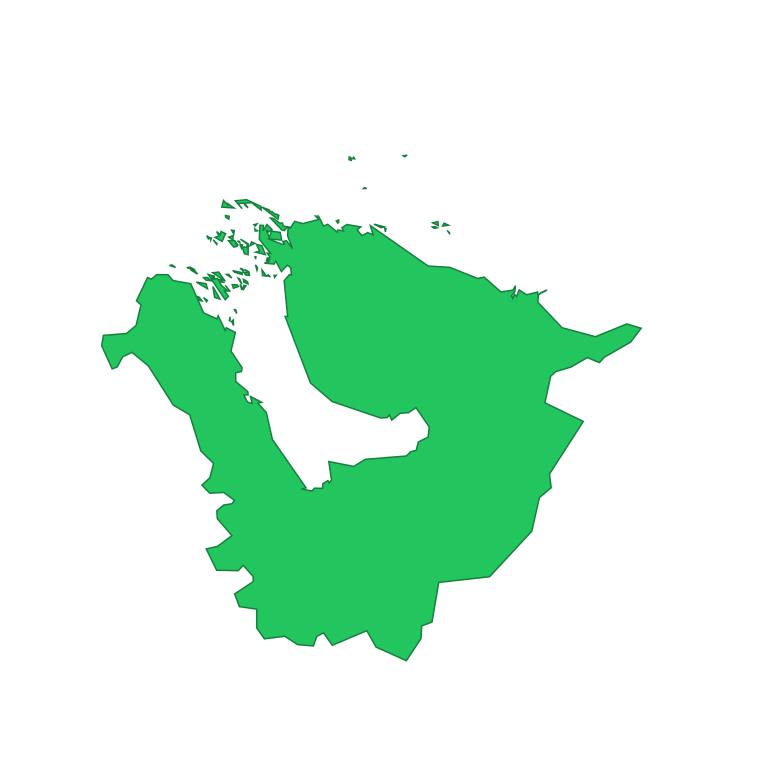 Dalabyggð, Vesturland, Iceland, rotated 56°
{"feature_id": "244011B70126368142347", "entity_name": "Dalabyggð", "entity_type": "district", "adm_level": 2, "iso_a3": "ISL", "parent_name": "Iceland", "parent_adm1": "Vesturland", "projection": "albers", "projection_center": [-22.364, 65.186], "detail": "fine", "context": "isolated", "style": "filled", "palette": "green", "viewbox_px": 768, "rotation_deg": 56, "n_neighbors": 0, "source": "geoboundaries", "source_scale": "gbopen_adm2", "svg_char_len": 6231}
<svg xmlns="http://www.w3.org/2000/svg" viewBox="0 0 768 768"><g transform="rotate(56 384 384)"><path d="M625.9,520.2L615.7,495.6L605.6,488.0L608.2,477.3L579.1,449.6L602.8,404.3L588.7,343.8L565.1,318.7L563.5,303.4L551.2,297.2L526.5,239.7L489.6,261.1L470.8,241.5L469.8,234.5L474.5,219.6L475.8,200.7L486.7,193.5L485.0,186.2L487.2,156.1L481.6,139.6L470.0,149.1L463.0,182.3L436.9,204.9L402.2,210.7L396.7,206.4L396.3,203.4L397.2,198.4L397.1,196.2L396.0,203.1L396.7,206.7L393.7,205.2L389.7,215.9L381.6,219.3L385.6,225.1L382.8,225.7L385.0,229.5L382.2,229.0L380.4,223.7L376.0,220.1L378.3,224.6L373.0,235.6L351.3,241.2L348.9,247.3L324.1,264.2L310.9,281.4L245.1,306.7L254.2,309.6L249.3,312.9L248.8,319.3L241.1,320.1L240.8,315.4L231.1,325.5L230.8,331.4L234.4,332.0L230.5,336.1L231.8,337.9L220.1,341.4L219.2,345.8L208.2,344.4L206.5,346.9L211.2,345.8L205.6,361.6L199.2,367.2L202.0,373.7L196.6,379.3L193.8,378.1L192.2,380.5L185.0,383.0L182.9,385.4L199.0,382.6L201.1,380.8L199.8,376.3L202.5,374.1L201.3,376.5L207.3,381.1L220.6,384.1L210.6,384.8L209.3,388.3L212.3,388.3L211.5,390.1L198.7,399.0L207.5,388.4L200.3,385.3L194.4,391.7L198.3,397.1L190.2,395.5L193.5,394.5L193.3,390.4L186.3,391.9L189.4,398.6L185.1,395.3L183.0,398.1L194.2,406.4L212.2,405.1L210.2,407.6L215.2,407.6L218.1,411.4L216.9,415.6L223.1,408.1L221.7,405.0L233.4,406.2L231.4,397.7L235.5,396.3L242.0,399.9L240.4,401.3L242.5,409.0L274.1,426.1L272.7,428.2L342.0,444.4L369.6,436.8L410.3,405.8L413.7,399.9L412.6,396.9L418.3,397.8L417.3,387.1L421.5,379.5L421.5,370.7L444.9,370.5L452.7,377.2L451.2,387.9L457.1,394.5L455.0,399.6L456.2,405.7L436.0,441.6L435.4,455.2L417.4,473.1L434.2,481.2L435.3,484.8L432.7,484.5L432.5,490.6L436.2,493.2L431.5,499.8L432.4,503.6L424.9,511.1L426.5,506.7L367.5,507.5L341.9,497.5L329.4,499.3L330.7,495.7L319.7,501.7L326.3,504.2L322.7,507.3L314.8,506.3L317.0,502.7L314.2,501.2L299.0,505.5L291.7,500.6L294.0,495.2L291.1,492.5L271.2,492.5L258.2,478.4L249.2,483.3L250.8,485.7L234.7,483.3L236.6,486.1L224.1,493.8L192.9,488.1L180.2,501.1L172.6,501.9L166.2,511.3L167.0,518.2L163.5,520.5L176.6,542.7L182.5,541.2L196.8,556.8L198.1,569.3L186.8,589.4L194.4,596.7L219.5,600.9L220.7,595.7L215.3,585.3L216.9,575.2L237.4,569.2L283.6,570.5L300.8,562.3L337.1,573.3L354.6,569.7L364.4,580.9L366.0,591.5L377.1,589.5L384.3,577.5L396.7,573.1L398.3,576.9L394.7,584.5L395.6,593.5L402.4,597.5L424.6,594.9L425.5,612.9L421.3,623.6L444.8,626.9L457.2,609.3L455.7,602.1L470.5,600.1L474.7,603.0L474.5,625.2L487.7,628.4L499.5,615.4L515.3,626.0L528.4,625.6L537.7,607.3L551.7,601.4L561.7,589.0L555.7,580.9L556.5,573.3L571.7,572.9L578.9,536.2L597.7,537.7L625.9,520.2ZM219.7,461.3L211.5,463.7L203.4,463.0L201.9,466.7L198.6,467.4L201.3,465.1L199.6,464.4L194.9,468.5L225.4,468.5L224.3,463.9L217.7,464.2L219.7,461.3ZM168.0,386.7L154.3,394.9L149.0,404.8L159.3,403.6L152.8,404.1L159.7,392.3L171.1,388.6L168.0,386.7ZM170.8,431.2L166.5,433.8L168.6,436.2L164.0,437.5L169.1,438.1L168.0,442.1L175.2,438.5L170.8,431.2ZM188.1,379.8L185.3,376.8L184.2,377.4L181.8,379.6L178.4,380.5L177.3,381.9L175.3,381.9L169.1,386.3L188.1,379.8ZM191.9,418.2L183.6,422.0L192.1,419.0L193.7,421.7L191.0,424.8L197.9,426.9L200.8,424.3L191.9,418.2ZM210.5,410.0L201.1,407.9L197.0,411.7L204.2,412.8L203.0,416.6L210.5,410.0ZM210.1,458.2L198.8,458.4L196.0,463.8L210.1,458.2ZM154.2,409.9L145.9,413.2L149.1,413.3L142.1,414.4L146.7,419.6L154.2,409.9ZM221.9,472.5L207.5,471.4L217.5,476.0L221.9,472.5ZM206.3,477.1L201.3,475.5L194.6,482.6L206.3,477.1ZM187.7,427.4L181.6,427.6L178.3,432.8L186.5,432.0L187.6,429.1L185.2,428.4L187.7,427.4ZM245.9,302.9L252.8,299.0L253.9,295.9L245.9,302.9ZM221.6,459.6L216.1,460.2L213.4,460.6L221.6,459.6ZM228.5,421.5L226.0,421.1L221.3,421.4L226.3,424.1L228.5,421.5ZM221.8,450.1L219.7,450.2L216.8,454.3L220.4,455.3L221.8,450.1ZM221.8,446.1L216.3,444.9L214.8,445.8L221.8,446.1ZM213.9,440.4L212.4,439.4L205.4,446.0L207.9,445.3L213.9,440.4ZM188.7,477.1L183.4,477.6L180.9,480.6L188.7,477.1ZM201.4,470.0L197.1,470.7L194.9,474.1L198.3,473.5L201.4,470.0ZM218.8,434.9L216.7,433.6L212.7,437.9L216.3,437.6L218.8,434.9ZM215.9,483.6L211.5,485.2L216.6,485.1L215.9,483.6ZM180.2,428.7L176.5,426.3L175.4,430.6L180.2,428.7ZM285.9,247.1L288.4,241.7L284.2,244.3L285.9,247.1ZM225.0,440.8L223.0,439.9L218.6,442.0L221.2,443.2L225.0,440.8ZM194.4,417.8L195.1,412.5L192.1,414.3L194.4,417.8ZM174.1,444.0L168.9,445.0L174.7,444.6L174.1,444.0ZM227.4,448.5L225.2,443.5L223.9,445.1L227.4,448.5ZM283.1,250.4L279.5,248.5L277.7,253.5L283.1,250.4ZM160.5,420.5L158.4,418.5L155.7,421.2L157.1,422.0L160.5,420.5ZM175.7,424.8L173.1,422.4L171.2,424.3L175.7,424.8ZM213.5,488.4L208.9,488.6L207.0,489.9L211.4,490.3L213.5,488.4ZM224.8,332.3L224.7,331.2L222.7,329.8L222.1,332.4L224.8,332.3ZM209.7,460.3L206.1,461.1L205.3,462.3L207.5,463.0L209.7,460.3ZM224.6,447.8L220.9,447.6L226.5,449.3L224.6,447.8ZM180.3,286.1L177.7,284.9L176.3,285.8L178.4,287.6L180.3,286.1ZM216.0,433.0L211.8,435.1L211.6,435.9L216.0,433.0ZM251.4,476.0L246.6,473.2L247.0,475.4L251.4,476.0ZM211.0,451.0L206.2,451.4L205.1,453.3L211.0,451.0ZM217.0,423.8L213.3,423.9L218.6,425.7L217.0,423.8ZM162.0,398.3L158.4,398.3L156.7,399.5L162.0,398.3ZM217.3,411.3L214.6,409.0L215.9,411.4L213.8,409.7L216.0,412.5L217.3,411.3ZM211.1,437.5L209.8,436.8L207.6,438.6L211.1,437.5ZM183.8,476.8L178.6,479.5L177.6,481.8L178.3,481.7L183.8,476.8ZM191.7,426.2L189.3,423.6L188.2,425.5L191.7,426.2ZM295.6,245.1L292.0,245.7L295.9,245.6L295.6,245.1ZM245.6,476.4L242.3,474.0L244.8,476.7L245.6,476.4ZM234.4,415.1L233.6,412.6L232.5,414.5L234.4,415.1ZM165.2,446.8L162.0,448.0L165.5,448.5L165.2,446.8ZM210.5,291.7L212.3,289.0L210.2,290.4L210.5,291.7ZM186.7,402.6L184.6,404.1L183.2,404.3L185.2,405.2L186.7,402.6ZM186.4,424.6L185.2,424.0L183.4,425.5L186.4,424.6ZM181.1,402.4L180.2,399.8L179.2,402.8L181.1,402.4ZM167.8,447.2L166.4,445.4L165.5,446.3L167.8,447.2ZM207.2,239.8L207.2,236.8L205.5,240.5L207.2,239.8ZM165.7,495.6L170.8,491.7L166.9,493.0L165.7,495.6ZM243.2,466.7L239.6,465.4L238.7,466.4L243.2,466.7ZM231.6,418.2L228.8,418.9L228.6,420.7L231.6,418.2ZM208.7,420.5L206.8,419.0L206.3,419.7L208.7,420.5ZM179.6,284.2L180.9,282.4L179.0,282.3L179.6,284.2ZM284.3,252.4L282.2,253.6L280.8,256.1L283.1,255.3L284.3,252.4ZM258.6,297.8L256.4,295.5L255.4,296.3L258.6,297.8Z" fill="#22c55e" stroke="#15803d" stroke-width="1.5"/></g></svg>